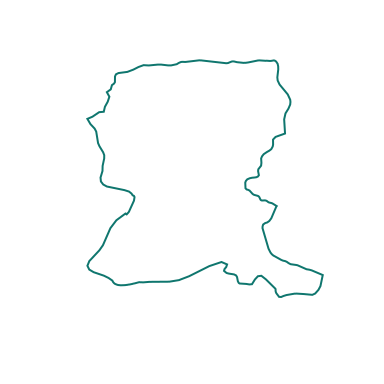 the Metropolitan department of Ain, rotated 71°
{"feature_id": "FRA-5262", "entity_name": "Ain", "entity_type": "Metropolitan department", "adm_level": 1, "iso_a3": "FRA", "parent_name": "France", "parent_adm1": "", "projection": "orthographic", "projection_center": [5.485, 46.077], "detail": "fine", "context": "isolated", "style": "outline", "palette": "teal", "viewbox_px": 384, "rotation_deg": 71, "n_neighbors": 0, "source": "natural_earth", "source_scale": "10m", "svg_char_len": 3305}
<svg xmlns="http://www.w3.org/2000/svg" viewBox="0 0 384 384"><g transform="rotate(71 192 192)"><path d="M324.9,119.5L322.2,126.0L321.5,128.2L320.2,136.2L320.1,139.3L320.3,141.9L319.5,143.8L315.2,145.2L314.0,145.3L312.9,145.2L311.3,144.7L311.0,144.6L310.6,144.7L310.3,144.8L298.6,150.6L293.8,153.7L293.1,157.1L295.2,161.0L298.7,165.3L298.1,167.8L296.6,170.6L294.0,176.8L293.2,177.4L291.3,177.7L287.1,177.1L285.2,177.5L283.6,179.1L281.1,183.8L279.8,185.7L277.0,187.4L275.4,186.3L274.1,184.1L271.9,182.4L267.8,186.9L267.7,199.7L270.7,222.2L271.0,231.2L271.1,232.9L269.4,242.7L263.1,261.5L261.6,267.4L260.1,271.3L260.0,272.0L260.0,272.6L259.9,273.3L259.9,274.0L259.8,274.7L259.8,275.4L259.7,276.1L259.6,276.9L259.5,277.6L259.5,278.3L259.4,279.1L259.3,279.8L259.2,280.6L259.1,281.3L258.9,282.1L258.8,282.8L258.7,283.6L258.5,284.3L258.4,285.0L258.2,285.8L258.0,286.5L257.8,287.2L257.6,287.8L257.4,288.5L257.2,289.1L257.0,289.8L256.7,290.4L256.4,291.0L256.2,291.5L255.9,292.1L255.6,292.6L255.2,293.1L254.9,293.5L254.5,293.9L254.2,294.3L253.8,294.7L253.4,295.0L252.9,295.3L252.5,295.5L252.0,295.7L251.5,295.9L251.0,296.0L250.5,296.1L249.9,296.1L246.1,298.9L242.4,302.6L235.8,311.1L231.9,314.4L227.7,314.9L223.9,311.6L217.0,298.6L213.3,293.5L199.6,280.9L194.1,272.7L190.7,261.9L191.0,261.6L191.6,261.4L191.9,261.1L191.1,259.6L190.2,258.1L181.3,249.7L178.1,248.0L176.7,248.2L175.8,249.2L173.8,249.7L171.1,251.4L168.2,255.3L159.1,270.7L156.0,273.5L152.4,274.7L148.6,273.8L143.0,269.8L138.2,268.0L131.7,264.1L128.6,263.0L125.5,263.1L118.6,264.6L115.2,264.9L103.7,262.9L100.4,263.4L94.8,265.9L88.8,267.1L88.4,261.6L86.3,253.8L87.4,249.3L83.1,246.6L79.2,242.3L75.0,239.1L69.9,240.0L68.5,235.4L64.9,232.9L64.1,230.4L63.0,229.1L57.7,227.2L56.0,225.6L55.6,222.8L57.4,214.0L57.2,207.7L56.4,201.9L56.3,196.5L58.3,191.6L60.4,182.9L61.4,179.9L64.6,173.2L65.5,170.5L66.2,164.8L65.7,162.7L65.6,161.8L65.5,160.2L65.7,159.0L66.9,155.9L69.8,142.5L70.5,140.6L81.3,117.9L81.6,116.9L81.8,115.8L81.7,114.8L81.6,112.7L81.6,111.7L81.9,110.6L82.3,109.7L83.9,107.2L86.6,101.4L87.3,99.2L87.8,96.7L89.1,86.9L89.4,85.8L89.8,84.7L91.9,79.7L92.2,78.6L93.5,75.6L93.8,74.5L94.2,71.9L94.3,71.6L94.9,70.8L96.0,70.0L98.6,69.3L101.2,69.6L104.1,70.5L111.4,74.0L114.5,74.7L118.9,74.2L130.9,69.7L136.7,69.1L138.9,69.6L141.3,70.7L144.6,73.7L148.1,78.0L153.3,81.2L167.0,85.0L167.1,95.0L168.8,98.3L173.6,99.9L175.3,100.9L177.3,103.1L178.1,105.5L178.6,108.2L179.6,111.9L181.1,114.2L182.8,115.7L187.1,116.9L189.6,118.1L192.1,121.9L193.7,122.7L197.9,123.3L198.8,124.6L199.0,126.3L198.6,128.4L198.1,130.4L197.8,132.9L198.0,135.6L199.1,137.5L200.5,138.6L205.9,140.2L206.8,139.8L207.6,139.3L208.0,138.5L209.4,137.1L213.4,135.4L214.3,134.8L215.0,134.1L216.7,131.6L217.2,130.9L218.0,130.3L218.9,130.0L221.0,129.8L221.9,129.6L222.6,129.0L223.0,128.1L223.6,125.9L224.1,125.0L224.7,124.3L226.2,123.3L226.9,122.7L228.5,120.2L229.2,119.5L232.9,116.5L233.4,117.2L242.7,125.6L244.6,128.4L245.3,130.9L245.2,132.9L245.9,135.3L247.4,136.4L249.1,137.1L270.5,138.1L274.8,137.5L276.8,136.8L278.5,135.8L285.3,129.7L286.6,128.2L287.6,126.5L288.9,125.1L290.6,123.9L291.6,123.0L292.4,122.2L294.9,117.3L295.6,116.1L302.3,108.9L303.7,106.3L305.1,104.3L313.1,95.4L322.8,101.2L325.7,104.3L328.1,108.6L328.4,111.7L324.9,119.5Z" fill="none" stroke="#0f766e" stroke-width="2"/></g></svg>